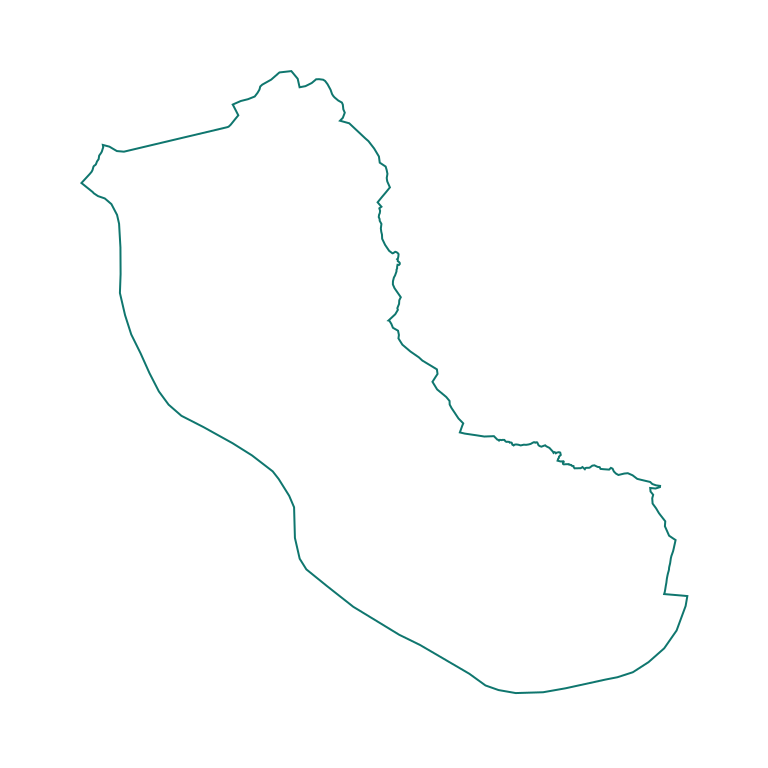 outline of Svinita, Mehedinti, Romania, rotated 356°
{"feature_id": "2599482B92352597607392", "entity_name": "Svinita", "entity_type": "district", "adm_level": 2, "iso_a3": "ROU", "parent_name": "Romania", "parent_adm1": "Mehedinti", "projection": "equal_earth", "projection_center": [22.119, 44.547], "detail": "fine", "context": "isolated", "style": "outline", "palette": "teal", "viewbox_px": 768, "rotation_deg": 356, "n_neighbors": 0, "source": "geoboundaries", "source_scale": "gbopen_adm2", "svg_char_len": 4467}
<svg xmlns="http://www.w3.org/2000/svg" viewBox="0 0 768 768"><g transform="rotate(356 384 384)"><path d="M402.0,173.9L401.9,173.2L401.6,170.8L400.8,167.2L395.2,162.9L394.8,156.7L390.6,148.4L385.4,140.6L382.5,137.7L380.1,135.1L367.5,121.5L358.5,118.3L361.5,115.6L363.8,110.6L362.6,107.2L362.4,102.4L361.6,100.3L358.1,98.0L354.6,94.6L353.4,93.0L352.4,91.1L351.2,86.7L348.6,81.0L346.4,77.6L344.5,76.2L340.5,75.4L337.5,75.3L336.9,75.8L332.9,78.7L326.4,81.4L320.5,82.1L320.3,80.8L319.2,73.5L313.4,65.4L301.5,65.9L301.0,66.2L292.7,72.5L283.4,76.9L281.3,78.6L280.3,81.6L278.1,84.8L275.1,88.2L268.2,90.4L260.9,91.7L254.2,94.1L252.6,94.7L253.3,96.2L257.4,105.8L254.0,109.4L251.8,111.8L249.1,114.7L246.9,116.5L245.4,116.9L140.8,134.1L133.8,133.0L133.2,132.6L129.7,130.2L126.7,128.1L120.2,125.9L120.3,126.8L120.4,128.3L119.8,129.7L118.8,132.3L118.1,133.5L115.8,136.3L115.0,139.8L113.2,142.0L112.4,143.8L112.2,144.1L111.9,144.8L111.3,145.4L110.2,146.0L109.4,146.8L108.8,148.4L108.2,150.1L107.2,151.8L105.3,153.8L96.2,162.4L106.8,172.2L107.8,173.5L111.8,176.6L118.4,179.4L124.6,185.5L129.5,196.7L130.9,205.7L130.6,229.4L128.9,256.0L126.9,274.8L130.5,297.3L135.3,316.9L143.3,336.4L150.8,356.8L158.9,375.7L167.7,389.6L179.7,401.6L200.6,414.2L228.8,432.5L247.3,446.0L266.9,463.4L272.3,471.4L281.6,488.9L285.7,500.7L284.4,531.3L287.7,552.4L293.6,563.5L312.9,581.5L337.8,604.1L381.8,635.3L401.8,646.9L448.9,679.0L464.2,691.8L476.9,697.3L493.8,701.5L521.2,702.6L544.0,700.2L584.3,694.3L596.4,692.8L612.1,688.9L628.5,679.9L645.1,667.2L658.7,650.3L669.4,626.5L671.8,616.7L666.9,615.9L655.9,614.2L648.8,613.1L649.0,612.5L649.5,611.3L650.2,608.6L651.0,605.1L651.8,602.0L652.6,597.9L653.0,596.4L653.4,594.9L654.1,592.6L654.9,590.4L655.4,588.8L655.5,587.6L655.9,586.0L656.8,583.2L657.0,582.4L657.7,579.2L657.9,578.2L658.7,575.6L659.8,573.1L660.7,571.0L661.4,568.8L664.0,560.0L661.6,558.2L657.8,555.2L655.4,548.5L654.3,545.5L655.0,540.6L650.5,533.9L649.2,531.9L646.8,527.1L643.6,522.0L643.6,516.7L644.8,513.3L642.4,509.9L642.3,506.3L647.6,507.2L652.1,506.1L652.3,504.9L648.4,504.1L644.7,502.5L642.7,500.3L633.4,497.4L630.0,496.3L625.6,492.4L621.0,490.0L617.4,490.1L611.5,491.1L609.2,489.6L607.2,487.3L606.1,484.4L604.5,483.5L603.2,484.6L602.6,485.1L597.0,484.3L594.1,483.8L593.3,482.0L591.3,481.6L588.2,479.8L586.1,480.0L583.3,481.8L582.3,481.9L580.3,481.7L579.2,481.9L578.4,483.0L576.2,480.7L574.4,481.7L568.2,481.4L567.4,480.1L567.3,479.1L566.4,478.9L565.5,478.6L565.2,477.9L562.9,477.3L562.7,476.8L561.6,476.8L559.7,476.7L557.7,476.7L557.0,476.2L556.9,474.8L557.9,474.2L557.6,473.6L554.8,473.6L551.8,472.6L552.6,470.6L553.3,469.9L553.5,468.7L555.4,467.1L555.0,464.7L553.7,464.2L551.6,464.5L550.6,465.1L549.9,464.1L549.1,463.8L548.3,464.5L547.7,463.2L546.4,461.6L544.6,459.3L541.6,457.5L540.5,456.4L538.6,456.9L536.7,457.5L535.0,456.8L533.9,455.9L533.1,453.8L532.8,453.0L532.4,452.8L531.4,452.8L531.1,453.1L530.6,453.0L529.7,452.5L529.2,452.6L528.2,453.0L526.1,454.0L524.0,454.4L521.5,454.6L519.2,454.3L516.1,454.8L513.6,453.9L511.5,453.5L510.2,453.6L509.1,454.3L508.6,453.7L508.0,453.7L507.5,452.6L507.5,452.0L507.1,451.4L506.2,451.1L505.4,451.3L504.8,450.5L503.3,450.2L502.4,450.3L501.3,449.8L500.5,448.7L500.2,448.2L498.4,448.0L497.4,448.2L496.8,448.0L495.6,447.8L494.8,448.5L494.4,448.1L494.1,447.7L493.2,447.4L490.0,443.7L480.4,443.4L473.0,441.7L461.1,439.1L456.3,437.6L459.1,431.2L460.3,428.8L455.9,423.6L451.7,416.2L449.8,412.9L448.1,409.1L448.2,405.5L446.7,403.4L445.2,401.3L436.6,393.1L432.5,385.2L436.2,380.2L438.1,377.7L437.8,373.1L423.9,363.3L420.6,359.8L418.7,358.3L412.6,353.4L405.1,346.1L403.0,342.2L401.6,339.5L402.3,336.1L401.7,331.8L397.8,329.2L396.8,328.5L395.5,324.5L393.8,321.3L392.9,321.0L400.1,315.2L403.0,311.0L402.6,309.3L403.6,307.2L404.6,305.2L405.1,301.5L406.8,298.6L404.0,293.9L401.2,289.2L399.8,285.3L400.1,282.1L401.3,278.5L402.6,276.5L404.3,272.6L404.5,270.7L405.1,269.8L405.3,267.9L405.8,266.0L407.2,266.3L408.0,265.6L408.2,264.5L407.7,263.6L406.3,262.4L406.4,261.1L405.8,260.4L406.6,259.8L407.2,257.9L407.6,255.5L406.8,254.3L405.7,253.4L404.4,252.9L402.3,254.1L401.5,254.2L398.4,251.5L394.8,245.3L393.1,241.0L392.3,239.0L392.4,234.8L391.9,232.0L391.7,228.6L392.1,226.6L392.6,224.2L391.1,220.9L391.1,219.1L390.4,217.1L390.9,214.8L391.7,213.3L392.2,211.0L391.6,208.4L393.8,207.0L390.3,202.3L395.3,197.0L398.9,193.3L403.6,188.3L401.4,182.2L401.2,180.4L401.1,178.6L401.6,176.6L402.1,174.6L402.0,173.9Z" fill="none" stroke="#0f766e" stroke-width="2"/></g></svg>